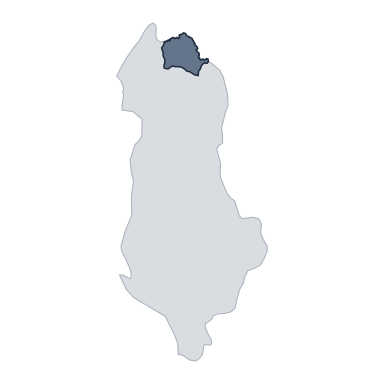 Tropojë, Kukës, Albania shown in context
{"feature_id": "67620474B51082079967557", "entity_name": "Tropojë", "entity_type": "district", "adm_level": 2, "iso_a3": "ALB", "parent_name": "Albania", "parent_adm1": "Kukës", "projection": "equal_earth", "projection_center": [20.083, 42.368], "detail": "fine", "context": "in_parent", "style": "filled", "palette": "slate", "viewbox_px": 384, "rotation_deg": 0, "n_neighbors": 0, "source": "geoboundaries", "source_scale": "gbopen_adm2", "svg_char_len": 2852}
<svg xmlns="http://www.w3.org/2000/svg" viewBox="0 0 384 384"><path d="M121.9,110.1L122.2,104.5L123.5,95.7L122.8,92.7L123.6,87.7L121.0,80.9L116.7,76.1L120.9,67.5L127.0,57.2L132.6,49.0L139.4,40.4L143.9,32.2L148.8,25.2L153.0,23.0L155.1,24.5L156.2,27.6L155.9,36.7L157.3,39.9L160.2,42.2L166.3,41.0L173.1,38.8L182.2,34.0L183.7,34.3L187.1,36.8L194.1,47.8L198.8,57.5L208.0,60.9L213.2,64.6L219.8,70.4L223.0,76.2L227.5,93.9L228.1,104.7L226.8,109.6L225.7,110.8L221.6,128.3L222.6,137.2L222.6,143.1L219.1,145.4L216.8,149.1L220.6,163.8L220.1,170.0L220.3,177.1L227.1,193.5L231.2,198.5L234.7,200.9L239.4,216.0L242.1,218.6L253.3,217.2L258.7,218.9L260.9,222.4L261.4,224.9L260.7,233.3L263.5,239.8L267.3,246.5L267.3,250.6L264.8,257.3L260.4,265.2L254.4,268.2L247.9,270.7L244.8,276.8L243.3,283.3L240.3,288.1L238.5,293.4L235.8,304.1L235.2,308.0L230.7,312.0L223.9,313.6L217.7,313.9L213.6,315.8L211.4,319.5L207.5,322.4L205.2,323.8L205.2,327.0L208.0,333.9L211.3,339.5L211.4,343.9L209.8,345.2L204.7,344.6L203.7,346.3L203.1,351.2L201.8,355.5L199.7,358.1L196.1,361.0L189.5,360.0L183.3,355.7L180.1,354.4L178.3,354.6L177.8,344.1L175.1,336.0L165.3,316.4L133.5,297.5L126.1,289.0L122.8,281.8L119.5,275.1L122.7,274.9L125.8,276.6L129.8,278.7L131.4,275.3L129.7,267.9L121.6,250.7L121.0,246.0L125.0,231.6L131.7,215.5L131.4,195.9L133.5,181.2L131.2,171.7L130.1,160.0L135.1,144.5L139.2,140.6L141.8,135.7L142.0,119.2L132.7,111.5L121.9,110.1Z" fill="#d9dde1" stroke="#a8b0b8" stroke-width="1"/><path d="M208.4,60.7L208.0,59.0L206.6,58.5L205.8,59.3L205.1,59.5L204.5,60.2L203.2,59.2L200.6,59.9L200.0,59.2L198.9,58.6L199.3,57.8L198.4,56.3L199.1,55.9L199.3,54.3L198.7,52.7L197.4,51.6L196.3,50.7L196.3,49.8L197.2,49.5L197.7,48.6L197.2,46.9L195.8,45.7L194.7,44.9L194.6,44.5L195.0,44.1L195.1,43.8L194.9,43.6L194.5,42.9L193.9,42.6L193.8,42.1L193.6,41.6L193.7,41.3L193.7,41.1L193.4,40.8L192.7,40.3L192.4,39.6L192.6,39.1L191.8,38.4L190.6,37.5L188.9,37.0L188.8,36.5L188.2,36.5L186.7,35.8L186.5,35.1L186.1,34.6L185.8,33.9L185.1,33.2L184.5,33.3L183.5,32.9L182.9,33.1L182.4,34.1L181.3,34.2L180.5,34.8L179.9,34.6L179.4,34.8L179.4,35.5L179.6,36.2L179.5,36.9L179.2,37.3L179.2,38.1L178.6,38.6L177.6,38.0L176.7,37.9L176.1,37.9L175.4,38.4L174.5,38.4L173.2,37.4L171.7,38.1L171.2,38.8L170.4,38.6L169.8,39.4L169.9,40.2L169.8,41.0L169.3,40.8L168.3,40.0L167.5,40.5L167.2,41.3L166.0,41.2L165.4,42.0L164.8,41.6L164.3,41.9L164.4,42.4L163.9,43.5L163.5,45.1L163.2,45.7L162.7,46.3L162.3,46.9L161.9,47.5L161.6,48.0L163.2,53.0L163.1,55.9L164.9,59.8L164.7,63.2L164.0,65.2L164.2,68.1L166.8,68.8L168.4,68.8L171.6,66.4L173.5,65.9L174.4,66.6L177.3,66.7L180.7,66.8L183.8,68.5L185.0,69.5L187.1,71.3L189.7,71.7L194.2,74.6L198.1,75.6L198.7,70.8L200.2,69.3L201.0,67.0L201.6,65.3L203.9,63.1L207.3,63.2L207.7,62.6L207.9,62.2L208.0,62.0L208.1,61.9L208.4,61.4L208.4,61.1L208.4,60.7Z" fill="#64748b" stroke="#1e293b" stroke-width="1.5"/></svg>